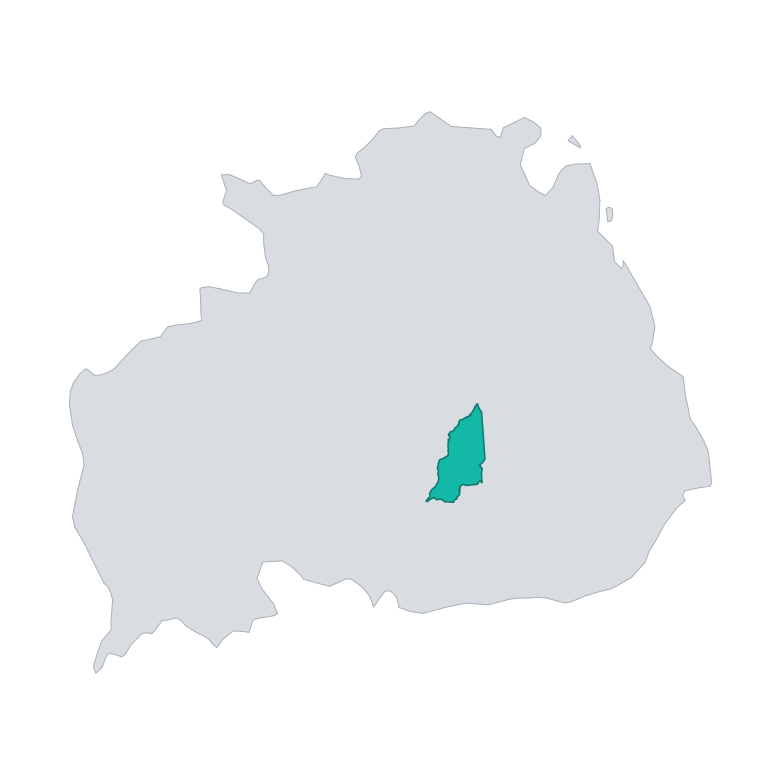 location of Chi Kraeng, Siemréab, Cambodia, rotated 176°
{"feature_id": "14789045B44896386917879", "entity_name": "Chi Kraeng", "entity_type": "district", "adm_level": 2, "iso_a3": "KHM", "parent_name": "Cambodia", "parent_adm1": "Siemréab", "projection": "albers", "projection_center": [104.442, 13.166], "detail": "fine", "context": "in_parent", "style": "filled", "palette": "teal", "viewbox_px": 768, "rotation_deg": 176, "n_neighbors": 0, "source": "geoboundaries", "source_scale": "gbopen_adm2", "svg_char_len": 8119}
<svg xmlns="http://www.w3.org/2000/svg" viewBox="0 0 768 768"><g transform="rotate(176 384 384)"><path d="M691.6,115.6L693.6,122.5L688.7,135.5L683.5,147.3L673.4,157.7L673.0,165.3L669.8,187.9L671.2,195.1L673.7,201.2L677.0,204.5L686.1,226.4L694.3,246.4L702.5,262.8L704.0,273.3L697.0,299.8L688.8,324.2L689.7,336.3L693.5,348.4L697.6,364.5L699.3,385.1L697.4,398.6L693.6,407.0L686.4,415.7L680.0,420.1L672.2,412.9L666.1,412.7L657.9,415.0L651.5,418.4L638.4,431.1L623.9,443.5L603.8,446.8L596.0,456.0L587.6,457.3L571.6,457.9L561.1,460.1L561.7,464.7L561.0,486.3L561.2,491.3L559.6,492.7L552.4,493.4L540.1,490.2L523.4,485.0L511.6,484.2L505.6,493.6L502.0,497.3L497.5,497.9L492.8,499.6L491.3,503.8L490.9,509.1L493.3,518.0L494.2,532.3L493.6,542.0L498.0,548.1L523.6,568.7L531.1,573.8L532.0,576.9L527.6,588.1L531.7,603.9L523.7,603.7L510.4,597.0L504.0,592.9L496.3,596.2L493.6,595.6L488.4,587.9L481.5,579.9L474.5,579.5L459.7,582.7L444.5,584.9L438.8,584.9L436.5,586.4L427.7,598.2L424.0,596.2L408.7,591.7L394.8,590.1L391.9,593.1L393.6,602.8L396.7,612.1L394.9,616.1L387.3,621.1L377.2,630.0L371.0,637.0L366.7,638.7L351.3,638.4L335.9,639.3L329.7,645.9L324.0,651.0L319.0,652.4L298.9,636.2L259.1,630.5L254.7,623.3L250.9,621.9L247.2,631.2L225.3,640.1L216.2,634.6L209.5,628.1L210.5,620.1L216.8,613.6L227.7,609.0L232.8,592.7L224.6,571.7L217.4,565.5L209.7,560.7L201.7,568.4L194.8,581.8L187.8,588.6L177.8,590.1L163.2,589.5L157.6,569.5L155.8,552.4L157.9,532.9L160.2,521.4L146.3,505.4L145.6,490.2L138.8,482.3L136.8,486.3L137.0,490.6L135.1,487.5L113.3,442.8L109.7,422.1L113.6,406.2L115.9,400.9L109.6,392.5L100.7,382.9L85.0,370.4L84.0,350.6L80.7,327.4L76.0,319.5L68.9,305.1L65.1,293.2L64.0,261.9L66.1,259.3L77.2,258.5L91.6,256.4L93.9,251.3L91.4,247.1L100.6,240.1L113.8,224.7L124.1,208.5L131.4,198.3L135.8,188.1L150.6,173.8L171.0,163.9L184.8,161.6L199.1,158.3L212.9,153.5L219.4,153.1L236.5,159.0L245.7,160.5L255.4,160.4L265.4,161.1L274.1,160.5L295.1,156.4L317.2,159.7L337.0,157.1L361.6,152.4L373.6,155.3L384.6,160.0L386.1,169.6L388.7,173.9L392.3,177.3L397.2,177.3L403.4,170.6L408.6,163.7L410.3,162.4L410.6,165.8L413.2,173.2L417.9,180.6L422.7,185.4L430.6,191.8L435.7,192.1L452.5,185.9L477.6,194.7L480.6,199.1L488.8,208.1L497.7,214.6L517.3,214.9L524.2,198.9L520.7,189.2L509.4,172.4L506.3,162.4L509.9,160.6L528.8,158.6L531.8,156.6L536.0,145.6L541.1,146.8L551.6,148.2L562.6,140.6L569.1,132.7L572.7,136.2L576.7,141.7L581.0,144.9L589.0,149.6L597.9,156.1L603.4,162.6L607.8,165.1L619.1,163.2L622.1,163.4L628.5,155.4L633.1,151.1L637.0,152.3L642.6,152.1L654.2,141.9L660.8,132.6L664.5,130.0L675.0,134.5L679.2,133.5L685.2,120.7L691.6,115.6ZM150.3,543.2L148.1,544.4L146.0,544.3L143.9,542.5L144.2,535.3L145.7,530.9L149.3,530.1L150.3,543.2ZM183.3,613.8L178.8,618.6L171.7,608.7L171.7,605.9L183.3,613.8Z" fill="#d9dde1" stroke="#a8b0b8" stroke-width="1"/><path d="M335.7,299.7L335.9,298.1L336.5,296.7L336.6,296.0L335.8,293.5L335.8,293.2L335.9,292.2L336.1,291.8L336.7,290.6L336.7,290.4L336.6,289.9L336.2,289.4L336.1,289.0L336.2,287.9L336.1,287.0L336.0,285.5L336.1,285.0L336.4,284.1L336.8,282.5L337.1,282.1L337.5,281.8L337.9,281.3L338.3,280.9L338.8,280.1L339.1,279.1L339.4,278.7L339.9,278.2L340.2,277.8L341.9,276.7L343.2,275.7L343.8,275.3L344.1,275.0L344.2,274.9L344.3,274.3L344.6,273.8L345.0,273.2L345.6,272.6L346.0,272.0L346.1,271.6L346.1,271.1L346.2,270.5L346.0,269.1L346.0,268.8L346.1,268.5L346.4,268.0L346.8,267.6L347.4,267.2L347.5,267.2L347.9,267.0L347.9,266.7L348.0,266.4L348.3,266.2L348.6,266.2L349.0,265.6L349.4,265.4L349.6,264.9L349.8,264.7L350.0,264.5L350.1,264.4L349.5,263.9L349.2,263.6L348.9,263.9L348.9,264.0L348.7,264.1L348.3,264.2L348.3,264.3L348.1,264.5L347.7,264.5L347.4,264.7L347.4,264.8L347.1,264.8L347.0,265.0L346.7,265.3L346.4,265.6L346.2,265.8L345.5,265.9L344.9,266.1L344.7,266.3L344.1,266.5L344.0,266.4L343.6,266.6L343.2,266.8L343.0,267.0L342.9,267.0L342.7,267.2L342.3,267.3L342.0,267.3L341.9,267.2L341.6,266.4L341.4,266.3L341.0,266.2L340.9,266.0L340.7,266.0L340.6,265.9L339.9,265.1L339.7,264.9L339.0,264.9L337.2,265.2L336.4,265.2L335.9,265.2L335.5,264.9L334.8,264.7L334.2,264.7L333.9,264.3L333.2,263.9L333.0,263.7L332.5,263.2L332.4,262.9L332.1,262.6L332.0,262.4L331.9,262.3L331.6,262.4L331.2,262.3L330.1,262.1L329.7,262.3L329.1,262.2L328.0,261.8L327.6,261.9L326.8,261.6L326.1,261.5L325.0,261.4L322.8,261.3L322.7,261.5L322.5,262.1L322.2,262.4L322.0,262.9L321.8,263.0L321.7,263.2L321.7,263.3L321.3,263.6L321.2,263.8L320.9,263.9L320.5,264.1L320.4,264.0L320.0,264.1L319.8,264.3L319.4,264.3L319.3,265.0L319.1,265.4L319.0,266.0L318.5,266.4L318.2,266.5L317.9,266.8L317.9,267.0L317.7,267.1L317.6,267.4L316.8,267.8L316.8,268.0L316.7,268.1L316.5,268.3L316.4,268.4L316.2,269.2L316.3,269.3L316.2,269.4L316.2,269.8L316.1,270.0L316.0,270.3L316.1,270.5L316.0,270.8L316.2,271.0L316.3,271.1L316.3,271.3L316.2,271.4L316.1,271.5L316.3,271.5L316.5,271.8L316.4,272.0L316.1,272.2L316.1,272.3L316.5,272.2L316.6,272.3L316.5,272.6L316.1,273.1L316.0,273.6L315.8,273.7L315.9,273.9L315.7,274.0L315.9,274.4L315.9,274.6L315.7,274.8L315.9,274.9L315.7,274.9L315.4,275.0L315.5,275.3L315.2,275.8L315.4,275.9L315.5,276.1L315.4,276.4L314.9,276.8L314.6,277.0L312.7,278.0L311.9,278.2L311.6,278.2L311.4,278.2L309.9,277.3L309.5,277.1L306.7,277.1L303.0,277.2L302.1,277.4L298.3,277.4L297.2,277.9L297.1,278.1L296.7,279.1L296.3,279.7L295.8,280.2L295.2,280.5L294.9,280.5L294.6,280.3L293.7,279.1L293.3,278.8L293.0,278.8L293.0,280.3L293.1,281.7L293.0,284.7L293.0,285.8L293.0,288.3L292.7,288.9L292.9,289.0L292.8,289.4L292.7,289.6L292.8,290.0L292.7,290.2L292.5,290.6L292.3,290.8L292.4,291.3L292.2,291.4L292.2,291.6L292.2,291.8L292.2,292.1L291.9,292.4L292.0,292.9L292.4,293.1L292.7,293.3L292.9,293.9L292.9,294.1L292.9,294.5L293.0,294.6L293.2,294.8L293.4,295.1L293.8,295.4L294.2,295.9L294.5,296.0L291.0,298.8L288.5,302.2L288.6,349.3L289.8,351.2L290.8,353.2L291.4,354.9L291.7,356.5L291.8,356.8L291.9,357.3L292.1,357.6L292.3,357.7L292.5,357.6L292.7,357.2L292.8,357.2L292.7,357.1L293.1,356.4L293.5,355.8L293.9,355.6L294.0,355.5L294.0,355.2L294.8,355.3L295.0,355.3L295.1,355.2L295.1,354.9L294.8,354.6L294.8,354.4L294.9,354.2L295.4,354.1L295.5,353.9L295.5,353.6L295.4,353.2L295.5,353.1L295.8,352.9L296.0,352.8L296.5,352.0L296.8,351.7L296.9,351.1L297.1,350.8L297.1,350.7L298.3,349.4L299.1,348.6L299.9,348.0L299.9,347.8L299.6,347.2L299.9,346.8L300.0,346.7L300.2,346.8L300.7,347.0L300.9,347.0L301.4,346.6L301.4,346.3L301.2,346.0L301.2,345.8L301.3,345.7L301.6,345.6L301.9,345.7L302.1,345.6L302.2,345.4L302.3,345.4L302.7,345.4L302.8,345.4L303.1,345.5L303.3,345.5L303.5,345.2L304.1,345.4L304.2,345.2L304.6,344.7L304.6,344.4L305.1,344.6L305.5,344.6L306.0,344.4L306.6,343.9L306.8,344.0L307.8,343.2L308.0,343.1L308.4,343.0L309.2,342.9L309.7,343.1L309.8,343.1L310.5,342.7L310.9,342.5L311.3,342.1L312.1,340.3L312.2,340.1L312.1,339.8L311.9,339.6L312.0,339.3L312.3,339.1L312.3,338.9L312.4,338.5L312.6,338.1L313.0,338.1L313.2,337.9L313.3,337.8L313.3,337.5L313.4,337.4L313.6,337.0L314.2,336.6L314.8,335.8L314.9,335.7L315.4,335.8L316.1,335.4L316.4,335.0L317.1,333.8L317.8,332.8L318.6,331.9L319.0,331.9L320.0,332.0L320.3,332.1L320.5,332.0L320.9,331.7L321.2,331.5L321.2,331.4L321.3,331.1L321.4,330.9L321.2,330.8L321.3,330.6L321.6,330.4L321.6,330.1L321.8,329.9L322.0,330.0L322.1,329.8L322.2,329.7L322.4,329.9L322.4,330.1L322.5,330.1L322.8,330.0L322.8,329.8L322.7,329.7L322.8,329.5L322.7,329.4L322.9,329.3L322.8,329.1L323.0,329.0L323.1,328.8L323.2,328.7L323.2,328.3L322.8,328.0L322.7,328.1L322.5,327.9L322.5,327.7L322.3,327.7L322.2,327.6L322.2,327.3L322.1,327.2L322.3,326.8L322.2,326.6L322.3,326.4L322.2,326.2L322.3,326.0L322.2,325.9L322.1,325.7L322.2,325.4L322.3,325.3L322.4,325.0L322.3,324.9L322.4,324.7L322.7,324.4L323.0,324.3L323.0,324.0L323.0,323.9L323.6,324.3L323.8,324.3L323.8,324.2L323.9,323.3L323.8,322.6L323.8,322.2L324.4,319.3L324.3,318.6L324.4,317.8L324.5,316.3L324.4,314.3L324.5,313.9L324.7,313.6L324.9,312.6L324.5,311.5L324.5,310.9L324.7,309.9L325.4,308.2L325.6,308.0L326.0,307.5L326.6,307.3L327.5,307.3L328.7,306.2L329.2,306.0L330.4,305.6L331.4,305.2L331.7,305.2L332.5,304.9L333.3,304.7L333.7,304.6L333.9,304.4L334.4,303.3L334.9,302.0L335.7,299.7Z" fill="#14b8a6" stroke="#0f766e" stroke-width="1.5"/></g></svg>